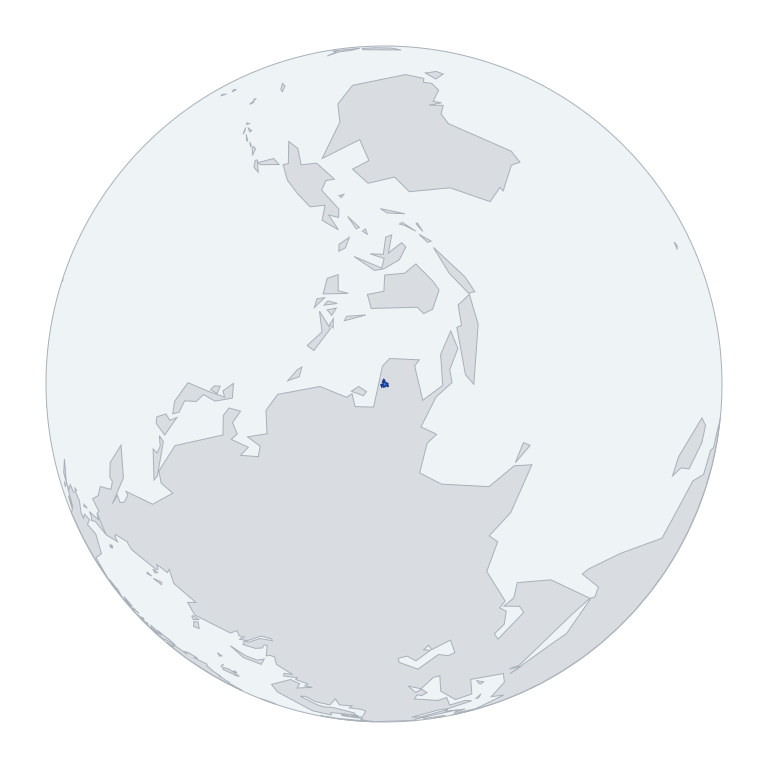 globe centered on Xékong, rotated 220°
{"feature_id": "LAO-3295", "entity_name": "Xékong", "entity_type": "Province", "adm_level": 1, "iso_a3": "LAO", "parent_name": "Laos", "parent_adm1": "", "projection": "orthographic", "projection_center": [107.128, 15.614], "detail": "fine", "context": "on_globe", "style": "filled", "palette": "blue", "viewbox_px": 768, "rotation_deg": 220, "n_neighbors": 0, "source": "natural_earth", "source_scale": "10m", "svg_char_len": 11492}
<svg xmlns="http://www.w3.org/2000/svg" viewBox="0 0 768 768"><g transform="rotate(220 384 384)"><circle cx="384" cy="384" r="338" fill="#eef3f6" stroke="#a8b0b8"/><path d="M694.3,499.8L693.8,502.0L693.5,502.4L694.3,499.8ZM540.8,84.6L542.2,87.7L554.0,95.6L542.7,89.3L572.4,110.3L580.6,121.1L564.5,104.9L557.5,100.5L559.7,105.3L553.0,101.9L550.2,102.7L542.1,98.6L533.3,90.6L527.8,88.1L529.7,91.8L522.6,90.9L520.8,85.7L508.3,83.8L491.4,72.4L493.0,65.8L476.8,59.9L467.5,56.6L492.6,64.0L517.1,73.4L540.8,84.6ZM697.5,257.9L697.6,258.0L697.8,258.6L697.5,257.9ZM697.7,258.7L697.5,258.0L697.6,258.3L697.7,258.7ZM697.0,257.7L696.7,257.2L696.3,255.8L697.0,257.7ZM563.9,102.7L561.9,100.2L566.1,103.9L563.9,102.7ZM551.3,103.5L553.9,105.5L551.3,105.2L551.3,103.5ZM536.5,98.9L531.5,98.2L535.1,97.4L536.5,98.9ZM527.6,96.9L515.7,96.5L520.6,100.4L499.9,89.9L516.9,93.2L520.5,91.3L522.5,94.3L527.6,96.9ZM464.7,55.9L465.1,56.0L456.3,53.9L461.6,55.5L449.3,52.9L443.7,51.6L445.5,51.7L439.4,50.8L439.0,50.6L464.7,55.9ZM490.4,84.6L486.2,83.7L489.0,83.2L490.4,84.6ZM432.9,49.6L433.3,49.7L423.2,48.4L426.1,48.7L432.9,49.6ZM469.0,57.4L468.0,57.7L457.9,55.6L456.1,55.6L449.1,53.0L469.0,57.4ZM422.3,48.3L418.1,47.8L412.5,47.3L413.8,47.4L422.3,48.3ZM437.8,50.4L437.9,50.6L434.6,50.0L437.8,50.4ZM416.6,47.7L418.5,48.0L419.7,48.1L415.4,47.8L416.6,47.7ZM442.4,52.0L438.4,51.3L444.8,52.9L437.4,51.9L434.1,50.5L432.4,50.7L430.1,50.5L429.9,49.8L442.4,52.0ZM414.4,48.2L407.6,47.1L396.0,46.4L394.7,46.3L413.6,47.5L414.4,48.2ZM423.5,49.1L417.6,48.4L418.9,48.2L423.9,48.7L423.5,49.1ZM433.6,51.9L445.8,53.7L446.1,54.0L433.6,51.9ZM410.7,47.9L412.5,48.3L409.8,47.9L410.7,47.9ZM426.3,50.6L430.5,51.0L430.8,51.3L426.3,50.6ZM412.3,48.9L410.2,48.3L413.4,48.4L412.3,48.9ZM418.5,49.6L417.8,50.0L415.9,48.8L420.4,49.7L418.5,49.6ZM425.8,50.8L427.3,51.1L424.0,50.6L425.8,50.8ZM401.2,49.3L398.0,47.8L405.2,47.7L407.3,49.1L401.2,49.3ZM118.9,174.4L117.7,177.0L115.3,181.0L105.1,194.1L92.3,222.7L100.9,213.4L100.1,233.0L106.4,238.9L127.7,213.5L117.5,203.0L126.4,188.2L143.1,185.2L153.7,196.4L157.5,191.1L159.8,174.3L171.4,168.1L161.6,168.1L158.8,174.5L152.7,175.2L154.9,169.5L158.9,167.1L158.3,162.3L139.4,176.1L134.5,184.1L127.3,180.3L118.4,193.8L113.2,197.7L126.3,176.5L132.0,170.3L148.7,146.5L142.1,152.4L125.9,175.7L126.8,172.6L117.7,182.4L125.4,172.5L144.9,147.1L144.5,145.6L142.3,147.9L175.2,118.3L177.7,116.3L175.5,118.4L185.8,112.0L185.6,113.8L202.6,103.3L204.8,103.3L194.1,109.2L186.6,114.9L187.6,121.6L191.6,120.5L202.5,113.6L201.5,117.0L211.9,109.5L218.9,111.5L219.2,103.4L232.0,96.7L243.3,94.3L247.6,91.0L229.3,95.2L221.9,98.4L215.5,103.2L195.6,112.8L192.4,112.5L213.5,98.2L211.4,96.8L228.8,87.7L267.5,79.7L277.0,81.6L265.6,97.6L255.9,100.1L255.2,95.2L243.9,105.5L250.6,101.8L249.7,105.2L261.7,100.9L261.7,103.2L273.3,95.8L274.6,98.1L267.2,102.8L286.1,100.0L292.3,104.5L296.6,103.0L299.5,100.0L305.3,108.6L308.2,107.1L307.5,103.6L312.8,98.7L324.4,93.8L325.8,97.0L321.8,99.2L315.4,109.3L304.5,115.6L306.3,116.5L316.1,111.9L323.8,99.4L330.5,95.7L328.2,101.2L329.5,98.9L333.2,98.1L338.2,100.6L341.4,94.6L380.5,85.4L394.1,90.5L387.7,95.7L416.5,96.1L429.5,104.0L428.7,100.4L442.0,99.7L438.1,97.1L438.8,95.4L471.1,94.9L479.8,98.1L492.9,96.1L492.5,94.6L486.8,91.9L499.9,89.9L520.6,100.4L520.4,103.1L533.5,108.8L531.2,114.8L535.4,123.1L525.3,127.8L529.5,134.8L534.2,136.4L543.3,147.9L546.1,168.1L523.3,144.6L515.1,117.8L516.7,127.5L510.2,123.6L507.0,126.4L508.7,134.0L512.6,135.9L483.9,143.2L475.6,164.7L491.0,164.8L500.5,172.7L504.5,202.5L474.6,241.4L486.8,256.5L487.4,266.0L476.4,271.0L475.2,257.1L464.3,251.4L465.4,243.4L447.3,248.3L448.0,237.2L433.6,247.5L438.8,256.8L454.5,255.8L441.7,270.7L457.4,287.9L458.8,307.6L431.5,340.9L404.1,349.8L402.3,356.0L391.6,348.1L377.1,359.6L396.7,396.8L396.0,407.2L372.5,425.2L372.1,417.5L343.8,396.4L338.1,420.7L359.6,443.0L366.9,467.5L350.3,458.7L342.8,437.1L332.8,428.9L335.8,407.6L328.1,374.9L311.3,379.3L312.9,366.5L299.6,338.8L275.7,344.2L237.5,372.9L231.7,405.0L218.8,417.2L204.3,367.2L205.8,335.3L195.5,336.2L184.8,306.5L151.7,295.6L151.5,286.9L144.3,288.5L137.5,277.3L138.9,263.4L132.7,261.8L130.1,298.8L137.3,300.8L149.5,290.8L147.0,303.4L154.2,317.5L130.2,341.3L88.5,352.2L92.0,327.6L99.6,255.1L103.6,248.7L104.0,247.9L104.5,246.5L97.4,256.3L101.3,242.8L89.1,290.6L83.8,310.1L87.8,353.4L85.6,356.3L89.2,366.3L109.9,365.9L108.4,373.8L94.0,406.2L71.9,444.6L79.2,480.2L85.1,508.3L81.0,520.1L91.2,543.1L90.6,547.1L97.1,559.5L102.1,569.7L104.7,574.3L92.1,554.2L80.8,533.2L71.1,511.5L62.9,489.2L56.3,466.3L51.3,443.1L48.0,419.5L46.3,395.8L46.3,372.0L48.0,348.3L51.3,324.8L56.3,301.5L62.9,278.7L71.1,256.3L80.9,234.6L92.1,213.7L104.8,193.6L118.9,174.4ZM157.1,223.8L168.5,230.6L176.7,211.2L181.8,212.6L182.8,205.9L177.3,209.9L181.6,192.4L191.4,190.4L196.8,183.0L193.3,180.5L174.7,187.4L168.4,211.8L160.1,217.3L157.1,223.8ZM204.6,97.7L203.3,98.4L202.2,99.2L204.6,97.7ZM193.7,104.7L197.4,102.4L218.2,89.7L218.9,89.8L215.0,91.7L213.3,93.1L206.6,96.7L186.8,110.3L180.5,114.7L182.7,112.6L193.7,104.7ZM276.4,63.7L269.1,66.6L261.8,69.2L261.7,69.0L276.4,63.7ZM356.6,47.2L363.1,46.8L377.8,46.3L382.1,46.4L376.1,46.7L384.5,46.8L376.2,47.5L379.1,47.8L373.8,49.4L360.7,50.4L364.9,50.8L361.1,52.6L350.3,54.1L353.9,52.2L339.4,55.6L338.1,53.9L336.5,54.5L331.2,54.2L322.1,55.0L323.1,54.2L319.1,54.9L315.6,55.1L310.5,56.1L310.4,55.2L304.1,56.5L307.7,55.5L296.9,58.0L304.9,55.9L301.1,56.6L295.3,58.3L299.2,56.9L327.7,50.8L356.6,47.2ZM399.3,49.7L384.0,50.1L375.7,49.8L388.4,47.4L387.0,47.0L394.8,46.4L406.6,47.2L403.3,47.2L402.8,47.4L399.3,47.0L401.7,47.5L397.2,47.7L397.9,48.3L392.7,48.2L399.3,49.7ZM119.0,177.4L118.3,179.2L118.7,180.6L113.0,187.3L119.0,177.4ZM131.9,160.0L132.2,160.2L124.3,169.3L125.0,167.8L131.9,160.0ZM139.2,153.0L132.8,159.5L136.7,155.1L139.2,153.0ZM195.1,109.3L196.2,109.6L193.7,111.5L190.0,113.5L195.1,109.3ZM306.9,67.1L310.3,65.2L312.3,65.1L323.7,61.9L325.6,63.4L319.5,65.9L306.9,67.1ZM122.1,216.4L116.3,219.8L117.1,216.3L118.9,215.7L122.1,216.4ZM111.4,202.5L110.6,209.0L109.9,204.3L111.4,202.5ZM310.9,68.2L315.4,66.6L313.5,68.4L310.9,68.2ZM327.6,64.4L326.6,66.2L327.2,63.2L327.6,64.4ZM245.9,675.5L253.0,679.3L248.5,678.5L245.9,675.5ZM111.6,517.7L118.6,562.4L110.9,558.8L102.8,543.3L95.7,515.0L102.5,510.8L103.9,499.1L111.6,517.7ZM452.4,525.8L462.5,527.4L462.1,528.9L452.4,525.8ZM441.8,520.5L453.4,521.2L439.7,523.7L441.8,520.5ZM458.0,521.5L469.8,518.8L475.0,516.5L474.0,519.5L458.0,521.5ZM433.9,520.4L390.7,518.1L373.7,513.1L377.7,507.9L405.3,510.8L433.9,520.4ZM376.3,507.6L350.3,490.3L315.0,441.5L327.6,443.5L364.6,474.2L362.3,478.8L378.0,492.2L376.3,507.6ZM439.4,482.1L436.8,496.4L413.0,494.2L402.2,491.4L394.8,472.5L398.9,463.4L407.8,464.2L442.3,433.7L454.3,441.9L443.7,455.0L453.5,467.9L439.4,482.1ZM232.9,408.3L239.5,428.8L232.6,430.9L232.9,408.3ZM456.3,411.7L442.3,425.2L455.0,406.9L456.3,411.7ZM463.8,394.2L464.7,401.4L459.0,394.3L463.8,394.2ZM401.9,365.8L392.5,366.9L392.3,361.8L404.3,357.5L401.9,365.8ZM459.8,324.6L459.6,339.3L457.8,344.2L453.6,335.2L459.8,324.6ZM333.5,84.7L315.4,86.9L303.7,90.9L299.0,96.3L297.8,90.3L315.9,84.1L333.5,84.7ZM374.5,84.6L378.5,80.9L382.0,82.6L381.5,83.7L374.5,84.6ZM373.3,82.3L368.4,77.8L374.0,75.9L376.8,79.7L373.3,82.3ZM338.9,71.1L333.5,71.5L335.1,69.8L338.9,71.1ZM615.2,626.4L616.2,627.2L606.5,636.2L594.4,646.0L585.6,650.9L615.2,626.4ZM537.9,659.5L540.4,650.9L552.2,648.8L544.9,657.0L537.9,659.5ZM623.4,618.8L632.2,609.2L638.3,598.8L633.9,607.7L637.4,606.0L618.2,625.8L623.4,618.8ZM502.1,624.8L436.3,644.1L422.4,641.4L427.1,633.5L416.8,608.5L421.5,609.1L419.9,591.9L459.5,576.8L488.2,547.6L508.9,549.3L525.3,527.5L546.2,528.4L539.1,545.5L559.7,555.6L576.3,517.1L586.2,556.3L599.4,568.9L600.0,592.6L566.6,634.7L549.9,643.7L547.8,640.5L540.6,645.0L531.0,644.2L528.0,632.1L520.7,636.4L528.8,626.5L517.8,635.5L513.9,627.6L502.1,624.8ZM649.8,542.5L652.2,543.1L655.0,548.9L651.3,548.6L649.8,542.5ZM688.1,510.1L688.4,512.9L686.2,514.7L688.1,510.1ZM693.5,502.4L691.0,504.9L694.3,499.8L693.5,502.4ZM665.7,516.7L666.6,518.9L665.5,520.0L665.7,516.7ZM664.8,516.1L666.7,511.8L666.1,515.9L664.8,516.1ZM654.5,496.9L656.2,494.5L656.8,496.0L654.5,496.9ZM477.5,527.8L491.8,516.9L499.5,516.0L477.5,527.8ZM652.4,492.8L648.3,493.1L648.9,490.8L652.4,492.8ZM652.9,487.7L652.6,484.7L654.8,491.5L652.9,487.7ZM645.3,482.0L650.1,486.7L644.7,482.7L645.3,482.0ZM642.3,483.1L638.6,481.2L638.9,480.2L642.3,483.1ZM599.0,491.4L612.9,508.6L601.3,509.0L588.4,498.6L577.6,509.8L553.6,509.1L559.3,502.4L556.3,492.4L531.0,489.0L525.9,482.4L535.0,477.9L518.1,472.8L536.6,469.6L544.1,483.0L554.5,472.2L572.1,474.2L589.0,478.0L602.3,487.2L599.0,491.4ZM536.5,499.4L539.6,499.4L536.7,503.5L536.5,499.4ZM631.7,474.5L637.0,480.5L636.3,482.2L633.6,481.5L631.7,474.5ZM605.4,484.7L619.8,472.5L623.1,472.4L613.5,485.8L605.4,484.7ZM616.5,465.4L623.0,466.5L626.4,472.5L625.0,474.3L616.5,465.4ZM498.7,487.2L497.9,490.9L493.1,488.0L498.7,487.2ZM505.0,485.0L519.6,489.0L503.6,488.2L505.0,485.0ZM460.3,471.3L464.6,480.3L478.3,474.8L467.9,482.9L477.1,497.7L473.9,503.2L464.8,487.1L461.4,503.5L455.3,503.0L452.1,488.9L458.3,471.9L464.3,464.9L489.0,462.4L460.3,471.3ZM504.9,474.0L501.1,463.6L503.9,456.6L508.2,462.1L504.9,474.0ZM489.4,438.3L479.0,426.0L469.6,430.5L488.5,413.9L495.4,428.4L489.4,438.3ZM480.4,411.6L471.6,415.6L480.6,405.9L480.4,411.6ZM469.3,411.5L468.2,403.0L475.2,404.3L469.3,411.5ZM485.0,412.0L486.5,397.8L490.1,406.2L485.0,412.0ZM465.0,384.1L480.2,398.3L460.6,391.9L459.3,364.5L467.6,364.1L465.0,384.1ZM508.1,277.0L505.8,269.6L513.2,268.1L512.7,273.6L508.1,277.0ZM535.0,259.0L514.4,265.3L497.5,271.6L503.0,275.1L499.7,287.7L491.1,275.7L502.5,262.2L515.4,259.9L516.7,249.7L525.9,243.1L522.9,230.5L526.7,225.3L533.3,236.3L535.0,259.0ZM521.1,225.2L519.2,203.9L533.3,207.4L536.9,212.9L531.8,220.9L524.7,218.5L521.1,225.2ZM522.9,200.1L515.9,197.9L498.5,167.8L498.4,162.6L519.1,185.8L513.6,185.2L515.4,192.4L522.9,200.1ZM487.9,85.4L486.4,83.8L490.0,85.4L487.9,85.4ZM436.3,94.1L437.8,92.1L442.0,93.5L436.3,94.1ZM444.2,87.8L438.4,87.5L444.0,86.5L444.2,87.8ZM425.5,87.3L435.8,86.7L426.8,89.3L425.5,87.3Z" fill="#d9dde1" stroke="#a8b0b8" stroke-width="1"/><path d="M384.0,380.6L384.2,380.8L384.3,380.8L384.5,380.9L384.6,381.0L384.8,381.2L385.0,381.3L385.3,381.4L385.6,381.3L385.7,381.5L385.8,381.6L385.7,381.7L385.6,381.8L385.5,382.1L385.4,382.2L385.1,382.3L384.6,382.6L384.4,382.5L384.1,382.9L384.1,383.1L384.5,383.3L384.6,383.5L384.6,383.8L384.8,384.0L385.0,384.1L385.4,384.7L385.5,384.7L385.8,384.6L385.9,384.8L386.0,384.7L386.0,384.8L386.1,385.0L386.4,385.2L386.5,385.2L386.6,385.3L386.6,385.5L386.9,385.9L387.0,386.0L387.0,386.4L387.0,386.5L386.9,386.4L386.8,386.5L386.8,386.8L386.7,386.9L386.6,387.0L386.6,387.3L386.3,387.3L386.2,387.3L386.2,387.1L386.1,386.9L385.9,386.6L385.6,386.5L385.4,386.7L385.2,386.6L384.9,386.5L384.8,386.4L384.7,386.2L384.2,386.0L383.8,386.0L383.7,386.1L383.4,386.2L383.1,386.2L383.0,386.3L382.8,386.3L382.6,386.2L382.4,386.1L382.1,386.1L381.9,386.2L381.8,386.3L381.8,386.5L381.7,386.5L381.6,386.8L381.4,386.8L381.4,386.3L380.8,385.8L380.7,385.8L380.3,385.7L380.0,385.4L379.7,385.3L379.4,385.1L379.3,384.9L379.5,384.6L379.9,384.7L380.0,384.7L380.4,384.5L380.6,384.5L381.0,384.5L381.2,384.4L381.4,384.4L381.5,384.3L381.5,384.2L381.6,383.9L381.4,383.6L381.5,383.5L381.6,383.4L381.3,383.2L381.4,382.9L381.6,382.6L381.8,382.3L382.0,382.0L382.2,381.9L382.1,381.6L382.2,381.4L382.4,381.4L382.5,381.5L382.9,381.6L383.0,381.5L383.3,381.4L383.5,381.3L383.7,381.2L383.8,380.9L384.0,380.8L384.0,380.7L384.0,380.6Z" fill="#3b82f6" stroke="#1e3a8a" stroke-width="1.5"/></g></svg>